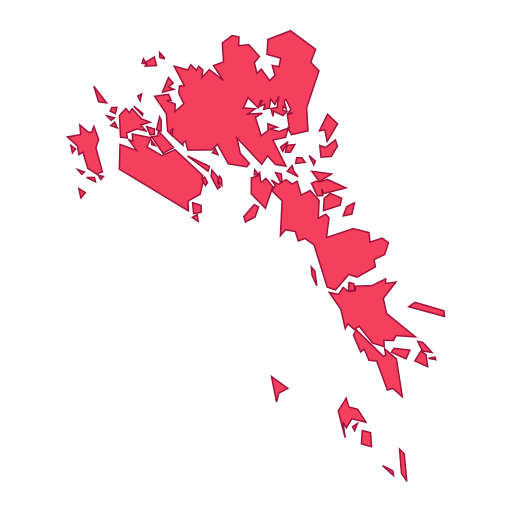 outline of Kota Batam, Kepulauan Riau, Indonesia
{"feature_id": "22746128B16651418017337", "entity_name": "Kota Batam", "entity_type": "district", "adm_level": 2, "iso_a3": "IDN", "parent_name": "Indonesia", "parent_adm1": "Kepulauan Riau", "projection": "albers", "projection_center": [104.04, 0.834], "detail": "fine", "context": "isolated", "style": "filled", "palette": "rose", "viewbox_px": 512, "rotation_deg": 0, "n_neighbors": 0, "source": "geoboundaries", "source_scale": "gbopen_adm2", "svg_char_len": 6094}
<svg xmlns="http://www.w3.org/2000/svg" viewBox="0 0 512 512"><path d="M237.0,137.9L261.7,164.3L267.6,155.8L275.4,164.5L285.9,166.1L272.9,140.0L285.6,137.3L288.0,128.4L291.5,134.7L308.0,130.9L306.6,107.8L319.0,70.8L310.7,62.3L315.7,49.3L290.5,30.7L267.9,39.4L267.0,54.4L280.7,58.2L279.0,66.7L272.2,65.4L275.0,75.3L269.6,80.5L261.3,69.1L256.9,73.4L254.4,62.6L259.5,56.5L248.8,44.7L238.7,45.7L239.0,37.0L232.1,35.5L222.3,43.0L223.5,61.9L213.5,65.6L223.3,80.4L209.4,69.6L201.7,77.7L202.9,70.0L198.7,66.2L196.3,70.4L190.9,64.7L187.8,69.9L174.2,66.2L184.3,85.7L179.5,85.9L178.7,93.0L183.8,103.8L174.8,111.7L175.3,104.2L166.8,100.6L171.2,100.2L168.5,94.3L154.6,96.3L166.3,113.6L167.6,131.2L171.3,135.0L170.7,130.3L172.8,128.9L172.2,135.4L183.0,145.3L183.1,142.6L185.6,141.2L187.8,150.1L211.8,149.9L217.4,144.3L228.3,163.8L246.8,166.8L249.4,163.5L240.2,153.1L237.0,137.9ZM248.1,97.7L258.4,108.0L260.5,100.5L262.3,100.9L259.6,106.4L265.1,104.4L263.5,109.4L269.2,108.1L270.7,99.2L274.9,104.5L278.9,96.0L277.0,107.6L270.9,108.5L273.0,116.3L273.7,111.1L283.0,115.6L286.7,111.6L282.5,110.1L283.3,106.2L286.4,109.3L284.2,101.1L286.0,99.5L290.9,109.5L287.8,113.3L292.6,113.0L287.4,114.9L289.2,127.7L279.2,131.5L269.5,129.1L277.2,127.2L267.9,123.7L268.1,130.4L261.2,135.7L255.4,117.3L262.4,113.3L247.7,114.0L255.3,108.8L243.4,107.9L248.1,97.7ZM297.2,181.2L292.1,184.0L286.0,179.6L278.6,184.4L271.4,180.1L275.3,185.2L271.9,190.8L282.1,200.7L280.4,235.6L285.5,229.8L295.3,231.5L298.3,241.0L304.9,238.5L314.0,244.8L327.2,287.1L335.5,289.9L348.8,274.5L357.0,277.2L375.4,266.8L374.1,259.5L384.8,254.4L388.4,242.7L382.2,238.1L370.0,242.1L369.0,232.6L353.4,228.6L326.5,237.5L329.0,217.7L325.8,214.2L318.3,218.2L319.1,200.4L310.2,190.5L301.1,195.1L297.2,181.2ZM151.0,137.7L132.3,134.0L132.8,140.9L128.9,139.8L136.6,150.5L120.0,144.4L119.3,169.1L188.4,210.9L188.0,201.1L200.2,194.2L203.1,181.6L201.9,179.3L202.8,175.6L175.1,149.7L161.8,155.7L147.0,146.9L151.0,137.7ZM385.7,278.8L372.1,285.6L355.1,286.2L355.6,290.0L354.8,290.8L348.5,291.7L343.2,287.3L338.6,294.3L329.3,292.4L340.9,309.4L345.2,328.5L347.8,323.8L354.3,329.6L359.0,326.2L372.6,343.1L384.2,346.6L383.9,340.3L393.6,340.6L396.0,335.6L415.4,336.9L386.6,313.5L383.3,298.4L395.9,282.1L385.6,283.5L385.7,278.8ZM356.2,329.8L353.4,335.2L360.7,352.0L364.3,349.2L369.0,360.3L376.7,361.0L387.4,390.1L392.9,388.4L402.3,396.8L396.4,358.9L384.7,348.8L385.7,355.3L383.3,356.3L356.2,329.8ZM88.5,132.3L79.8,124.9L80.7,134.6L67.4,136.9L77.5,146.0L78.9,154.7L82.9,152.2L87.8,168.4L97.7,174.7L99.4,172.8L102.4,171.9L95.9,147.7L98.7,139.5L93.9,126.4L91.6,132.3L88.5,132.3ZM129.3,112.7L125.9,108.5L119.4,115.6L120.5,137.2L127.4,137.9L126.5,133.1L137.0,128.9L146.0,131.0L140.6,125.0L150.1,122.2L141.6,118.9L132.1,108.7L129.3,112.7ZM260.5,181.6L259.7,171.4L259.0,175.6L251.4,177.8L251.2,193.8L265.4,208.3L272.8,186.8L265.9,178.3L261.8,182.0L260.5,181.6ZM346.2,398.2L338.2,411.1L345.2,437.8L342.9,422.0L346.3,427.9L351.8,418.8L365.9,422.2L357.7,409.3L348.8,406.9L346.2,398.2ZM327.4,179.4L320.6,181.7L315.8,181.3L311.4,183.3L317.4,195.9L322.8,195.5L321.6,189.1L323.6,193.6L346.0,187.9L327.4,179.4ZM327.6,114.2L319.4,130.9L324.8,129.8L327.1,141.4L337.6,123.9L327.6,114.2ZM341.7,198.2L330.2,193.4L324.2,198.3L323.4,210.7L340.1,205.3L341.7,198.2ZM335.4,139.9L325.6,147.5L319.7,145.4L321.0,157.2L331.3,156.5L337.4,146.3L335.4,139.9ZM173.6,147.6L158.5,131.0L157.7,136.0L151.6,136.6L163.0,153.3L173.6,147.6ZM415.0,302.3L408.7,306.7L444.6,316.5L443.9,310.8L415.0,302.3ZM287.8,388.4L271.5,376.6L276.5,402.0L278.9,393.1L287.8,388.4ZM409.9,350.1L394.1,348.3L391.5,352.2L406.0,358.9L409.9,350.1ZM331.6,174.0L311.8,171.3L319.3,181.5L331.6,174.0ZM362.3,430.5L361.4,443.9L371.5,446.7L370.6,432.7L362.3,430.5ZM106.6,102.9L93.8,86.2L98.6,101.7L106.6,102.9ZM209.4,166.4L187.5,155.9L208.0,171.2L209.4,166.4ZM421.1,350.9L414.8,360.9L427.6,366.7L426.1,354.8L421.1,350.9ZM399.5,449.1L401.5,473.4L406.8,481.3L404.2,453.8L399.5,449.1ZM254.2,204.6L243.8,216.6L245.4,222.0L255.1,216.9L258.6,206.9L254.2,204.6ZM354.5,202.8L346.7,206.7L343.2,215.9L351.9,214.1L354.5,202.8ZM192.6,202.7L193.6,213.6L201.2,212.3L201.1,205.4L192.6,202.7ZM154.3,57.0L146.2,62.0L146.8,64.2L145.2,66.1L156.5,65.6L154.3,57.0ZM211.8,170.1L211.1,176.4L217.6,188.9L220.2,186.9L217.7,182.7L218.6,178.0L211.8,170.1ZM417.7,341.4L422.5,350.9L432.0,352.5L422.8,342.4L417.7,341.4ZM173.2,83.1L168.5,77.5L162.5,92.2L173.9,89.3L168.4,86.9L173.2,83.1ZM292.2,165.5L287.3,171.2L298.2,176.7L293.8,171.1L292.2,165.5ZM294.8,144.6L287.1,145.3L285.3,152.1L290.4,152.3L294.8,144.6ZM159.6,116.9L156.5,129.9L161.1,131.0L161.3,120.5L159.6,116.9ZM349.0,282.5L348.4,291.0L354.9,290.2L353.7,283.6L349.0,282.5ZM142.9,113.5L133.7,106.1L142.4,115.4L142.9,113.5ZM146.7,126.6L150.2,134.8L154.6,134.2L154.2,128.9L146.7,126.6ZM296.7,157.7L295.5,163.5L305.1,162.3L301.9,157.8L296.7,157.7ZM288.1,141.7L280.5,147.0L282.7,151.4L288.1,141.7ZM316.8,285.7L314.9,271.1L311.3,267.0L312.1,275.5L316.8,285.7ZM392.8,470.8L382.6,465.7L393.6,475.6L392.8,470.8ZM218.0,154.7L215.2,148.6L212.4,152.8L218.0,154.7ZM275.5,172.6L280.2,181.8L282.0,181.2L281.2,173.9L275.5,172.6ZM117.3,127.9L114.7,122.1L110.7,125.6L117.3,127.9ZM85.3,192.6L78.8,188.5L80.9,197.9L85.3,192.6ZM354.6,430.7L357.4,423.5L352.5,426.7L354.6,430.7ZM116.9,107.4L111.8,107.6L110.2,111.2L115.3,113.7L116.9,107.4ZM204.7,177.1L202.2,179.7L205.4,185.7L207.5,182.6L204.7,177.1ZM197.2,214.7L192.3,217.4L198.2,221.5L197.2,214.7ZM94.5,177.4L86.6,177.5L95.5,181.9L94.5,177.4ZM75.6,149.0L70.9,145.4L72.4,152.9L75.6,149.0ZM114.5,117.8L106.8,115.8L111.2,120.4L114.5,117.8ZM140.2,100.9L141.6,93.9L137.8,96.1L140.2,100.9ZM84.4,172.0L77.7,169.5L81.6,174.2L84.4,172.0ZM435.0,357.1L428.4,358.3L435.8,359.7L435.0,357.1ZM142.1,63.4L146.4,63.8L143.4,58.7L142.1,63.4ZM258.8,174.6L254.7,169.8L254.3,174.9L258.8,174.6ZM103.5,176.4L98.5,175.5L100.7,179.5L103.5,176.4ZM159.6,52.4L159.8,57.5L164.1,58.8L164.3,57.7L159.6,52.4ZM315.4,161.1L309.2,155.6L313.8,164.8L315.4,161.1ZM219.6,176.1L218.2,181.3L221.9,185.5L221.6,179.0L219.6,176.1ZM151.7,144.7L155.3,145.6L151.5,140.4L151.7,144.7Z" fill="#f43f5e" stroke="#9f1239" stroke-width="1.5"/></svg>